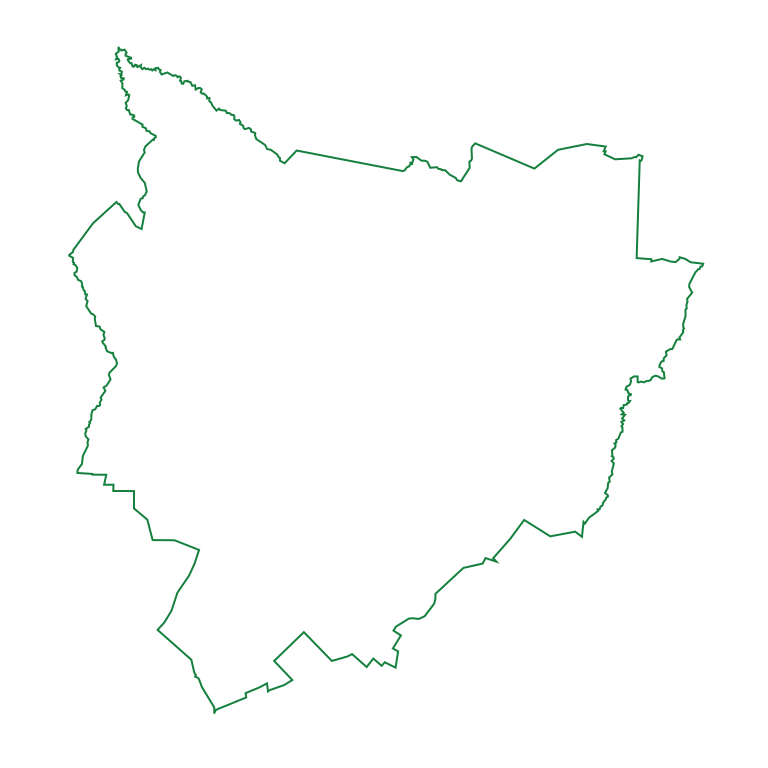 outline of Nogoya, Entre Ríos, Argentina, rotated 271°
{"feature_id": "61730980B78785017489869", "entity_name": "Nogoya", "entity_type": "district", "adm_level": 2, "iso_a3": "ARG", "parent_name": "Argentina", "parent_adm1": "Entre Ríos", "projection": "albers", "projection_center": [-59.632, -32.251], "detail": "fine", "context": "isolated", "style": "outline", "palette": "green", "viewbox_px": 768, "rotation_deg": 271, "n_neighbors": 0, "source": "geoboundaries", "source_scale": "gbopen_adm2", "svg_char_len": 6091}
<svg xmlns="http://www.w3.org/2000/svg" viewBox="0 0 768 768"><g transform="rotate(271 384 384)"><path d="M113.4,356.8L100.7,371.6L109.3,378.1L102.2,386.6L105.8,389.6L100.6,400.5L116.9,402.8L119.7,397.5L132.9,405.3L137.6,397.8L141.6,400.1L149.9,413.0L150.3,416.8L149.7,422.9L152.5,428.7L165.1,437.9L169.7,439.1L175.1,439.1L201.5,466.6L206.2,485.8L211.7,488.5L208.4,499.4L211.7,496.2L231.4,512.9L250.5,526.5L234.6,552.9L239.7,577.7L234.7,584.6L249.6,585.9L247.9,587.3L253.9,591.3L260.9,600.4L262.3,599.7L262.7,601.8L265.3,602.7L266.2,604.5L269.4,605.3L272.6,607.8L274.3,608.2L275.2,609.8L276.6,609.8L278.9,606.9L284.0,609.5L288.9,609.8L290.3,611.4L294.4,610.7L297.6,614.0L300.5,613.3L308.5,615.2L311.1,612.9L313.1,615.0L314.7,614.8L315.8,613.0L316.7,613.6L321.7,613.1L324.6,616.3L327.4,616.6L328.7,615.5L329.7,617.4L331.9,617.0L333.4,619.2L339.7,621.7L340.4,623.3L344.6,623.2L345.7,622.1L348.1,623.8L350.3,622.0L351.8,624.8L353.7,622.6L357.4,625.5L357.8,622.3L359.4,624.2L363.5,620.7L364.2,621.3L364.1,623.6L367.1,624.0L367.7,627.2L369.1,627.5L369.3,628.8L371.4,630.2L371.4,628.8L372.4,628.2L375.2,628.2L377.2,629.3L377.1,630.8L378.0,631.1L379.1,628.6L382.5,627.2L382.6,625.6L383.9,625.9L385.7,626.8L387.4,629.8L391.0,631.0L393.6,630.3L396.0,634.0L395.9,637.5L390.4,637.6L390.0,638.6L390.9,641.0L390.2,643.9L391.7,646.7L391.8,649.0L392.5,650.4L395.7,652.3L397.0,655.1L396.4,658.0L394.2,661.5L394.6,664.4L400.7,663.6L401.5,662.1L404.4,661.8L405.9,659.0L407.9,659.3L411.4,661.1L411.9,663.2L414.7,663.3L417.6,666.0L421.3,665.4L423.8,669.4L424.1,671.7L432.9,675.7L433.7,676.6L433.7,679.3L435.7,678.6L441.1,682.4L443.3,681.9L444.8,683.1L446.1,682.2L449.6,682.1L456.9,684.3L463.6,684.1L464.7,685.3L468.4,685.0L471.9,686.1L474.3,685.5L480.7,690.5L486.3,687.4L489.4,687.6L501.0,693.3L504.1,696.1L504.6,697.6L506.8,698.3L507.2,700.1L509.8,701.0L511.1,688.3L514.4,683.0L515.9,677.4L514.4,677.3L511.0,673.4L511.4,668.8L513.9,659.8L511.2,649.1L513.4,649.2L514.3,634.4L612.0,635.8L611.5,636.8L612.3,637.7L616.2,638.6L617.6,634.4L615.2,632.2L615.4,630.7L614.0,627.6L612.7,611.2L617.5,600.4L620.5,601.5L620.5,599.6L625.3,601.5L627.5,582.6L621.2,553.9L602.0,530.6L626.2,471.0L622.7,467.9L620.4,467.4L610.9,468.0L608.9,467.2L607.9,465.5L601.6,465.9L588.0,457.4L589.0,453.6L591.2,452.2L594.5,446.0L598.8,441.4L598.9,437.9L599.7,437.4L600.0,434.8L601.7,433.1L601.0,426.5L607.1,423.4L608.0,420.5L607.9,417.7L611.5,412.5L611.3,407.9L609.1,409.5L605.7,408.4L605.7,406.9L604.4,407.9L603.9,406.1L602.1,405.4L601.1,403.1L598.1,401.1L597.2,399.1L615.9,292.6L603.0,280.8L605.4,276.1L608.4,275.9L609.1,274.6L611.5,273.4L616.1,266.9L616.9,263.0L620.9,261.0L626.7,252.0L630.3,250.7L632.7,250.9L634.2,246.6L636.1,246.6L637.7,244.7L636.4,240.4L637.8,239.0L639.8,238.7L641.5,235.4L643.1,236.0L645.4,234.6L644.8,231.5L646.2,229.6L649.0,229.8L650.5,228.7L650.3,227.0L652.1,224.8L652.2,222.1L654.5,221.1L655.1,215.4L656.5,214.2L654.4,211.7L659.8,207.3L662.3,206.3L663.6,204.5L666.9,204.5L666.4,202.2L668.1,202.1L670.2,200.1L671.3,198.6L671.1,197.0L672.4,195.6L675.3,196.7L676.7,195.1L676.7,193.3L675.1,190.6L679.4,189.9L678.8,187.1L682.3,185.4L683.0,182.7L683.7,182.4L683.2,179.2L680.7,178.0L680.8,176.5L683.3,175.9L683.6,174.8L686.5,175.6L688.0,174.3L687.2,172.2L688.5,171.4L689.2,169.4L688.3,167.9L691.7,161.9L689.6,156.3L692.1,154.5L694.0,155.2L694.7,153.4L696.2,152.6L695.7,150.0L693.8,150.1L694.7,148.3L693.5,146.9L694.7,145.6L694.2,144.0L695.2,142.7L694.6,140.6L696.0,139.0L694.6,136.8L697.2,134.9L698.5,135.3L696.6,132.0L697.5,130.9L698.4,131.3L698.9,129.5L696.9,128.2L697.0,127.1L700.4,126.0L700.3,124.6L703.5,122.1L704.3,122.3L704.9,125.5L705.8,125.4L707.7,119.9L709.3,119.8L710.7,120.9L713.7,118.8L712.9,115.6L713.6,115.4L713.9,113.8L716.4,112.5L711.7,112.9L709.6,110.1L706.1,111.4L704.0,110.4L704.5,112.7L702.6,113.8L701.1,112.9L700.6,111.2L697.8,111.3L696.1,112.9L695.6,114.6L694.0,113.7L692.7,114.1L691.7,116.4L689.0,116.1L689.1,114.8L688.0,116.1L687.0,115.2L685.6,115.6L685.0,118.5L683.9,118.3L682.7,115.5L680.1,117.2L675.2,117.2L673.6,119.6L672.0,120.2L671.7,121.9L668.2,121.0L669.1,123.3L668.4,124.3L663.3,123.2L660.6,120.8L657.6,121.9L654.9,121.1L653.3,122.6L653.5,124.0L649.0,125.6L648.8,128.4L647.7,129.7L646.8,129.6L646.2,127.9L644.6,128.0L639.2,138.1L637.0,137.9L635.5,141.5L632.9,142.2L632.6,145.1L630.8,146.1L628.1,151.4L626.7,151.5L625.4,149.7L624.0,149.6L624.2,148.4L617.4,141.3L613.8,139.9L611.4,140.7L602.4,135.2L595.3,134.1L591.4,134.3L585.8,137.1L580.9,141.3L572.5,143.4L568.5,141.7L567.8,140.3L565.6,139.4L565.1,137.6L558.9,135.2L553.3,138.0L551.3,140.2L551.3,141.8L534.7,138.9L537.4,133.1L550.4,124.1L551.8,121.6L559.4,116.2L559.3,115.0L561.3,113.3L539.7,90.3L512.6,71.0L510.7,70.8L507.7,67.2L506.8,67.0L504.7,70.9L500.6,70.7L499.6,72.0L498.4,71.5L497.5,73.4L494.8,75.3L491.0,74.7L489.6,72.6L487.5,72.6L485.3,75.4L482.9,76.1L481.6,79.2L479.1,80.5L476.1,80.3L475.7,81.3L472.8,81.9L471.5,83.3L468.4,83.8L468.3,85.5L464.0,84.1L461.8,86.2L456.6,84.9L449.4,89.9L448.4,92.2L446.3,94.1L444.2,93.7L436.9,95.0L436.5,98.6L433.7,99.6L431.2,103.5L428.1,102.7L424.6,104.0L423.1,103.6L422.1,101.7L420.8,101.7L416.5,105.3L415.4,105.0L411.8,106.7L410.1,111.3L410.4,112.5L406.9,113.2L403.7,115.6L400.2,116.7L397.2,115.7L390.6,109.4L388.5,108.7L383.8,110.5L377.5,106.6L375.7,103.7L372.2,105.5L365.5,100.9L363.5,101.8L360.5,100.2L357.8,100.4L357.0,99.3L357.1,97.6L353.7,95.7L352.7,93.1L348.9,92.0L343.1,91.9L340.8,90.0L339.8,90.8L338.3,89.8L336.2,89.8L333.8,86.5L332.5,87.3L329.1,86.1L326.4,86.7L323.4,89.5L320.9,88.6L317.1,89.0L306.9,84.2L298.8,83.4L292.9,79.2L289.7,79.0L289.0,94.1L288.3,94.1L288.4,107.9L278.4,105.9L278.6,115.3L272.3,115.2L272.6,135.9L255.2,136.2L244.3,149.7L223.9,155.4L224.1,177.3L214.8,202.0L200.8,197.6L189.3,192.6L171.8,181.1L153.7,175.5L141.8,168.6L134.2,161.9L104.9,196.2L91.9,199.4L89.8,201.0L88.2,200.2L86.8,203.3L85.5,204.2L77.7,207.3L57.6,220.0L51.6,219.9L54.9,221.4L56.2,223.7L68.2,251.7L72.5,251.0L78.5,264.8L82.6,272.2L74.6,273.4L75.9,275.1L81.3,289.5L86.4,297.5L105.2,279.0L134.5,308.2L106.2,336.7L111.0,352.3L113.4,356.8Z" fill="none" stroke="#15803d" stroke-width="2"/></g></svg>